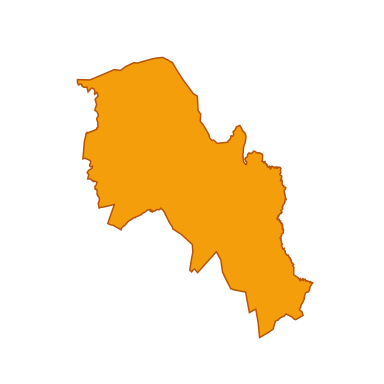 Pasienes pag., Zilupes, Latvia, rotated 286°
{"feature_id": "27541924B2510682390951", "entity_name": "Pasienes pag.", "entity_type": "district", "adm_level": 2, "iso_a3": "LVA", "parent_name": "Latvia", "parent_adm1": "Zilupes", "projection": "equal_earth", "projection_center": [28.149, 56.234], "detail": "fine", "context": "isolated", "style": "filled", "palette": "amber", "viewbox_px": 384, "rotation_deg": 286, "n_neighbors": 0, "source": "geoboundaries", "source_scale": "gbopen_adm2", "svg_char_len": 6077}
<svg xmlns="http://www.w3.org/2000/svg" viewBox="0 0 384 384"><g transform="rotate(286 192 192)"><path d="M116.0,219.6L141.3,231.9L134.7,238.4L123.8,243.3L119.4,246.9L109.8,255.9L109.5,259.0L110.6,271.1L91.9,280.4L97.0,285.6L84.9,291.5L70.7,297.1L78.4,304.4L82.4,307.7L90.9,307.8L92.8,310.2L93.7,310.5L95.8,311.9L98.0,314.8L100.7,316.0L99.3,323.1L98.1,324.6L97.9,326.9L104.0,332.8L107.1,330.8L108.5,327.7L108.8,327.6L111.3,328.3L112.1,328.0L113.9,328.1L116.3,328.9L118.4,329.0L119.4,329.4L123.5,328.8L126.3,329.0L127.3,329.9L127.9,331.3L129.7,332.0L133.2,331.6L138.0,333.0L138.0,331.5L138.3,330.9L137.5,330.8L137.2,330.5L138.2,329.9L138.3,328.0L138.2,327.2L138.4,326.8L137.6,325.9L139.3,324.9L139.2,324.4L138.6,323.8L137.7,323.4L138.0,322.6L139.1,322.7L139.4,322.4L139.1,322.1L138.1,322.1L137.9,321.8L138.0,321.2L137.2,320.9L138.0,320.5L138.6,319.8L138.2,319.6L137.7,319.9L137.0,319.9L137.2,319.4L138.1,319.0L138.1,318.5L138.8,317.7L140.4,312.7L140.9,312.4L147.9,310.6L148.6,309.7L148.8,309.2L150.4,309.7L150.6,309.0L151.5,308.3L151.1,307.7L151.4,307.3L152.9,306.5L153.6,306.3L153.8,306.1L153.7,305.7L154.5,305.5L154.7,305.2L154.6,304.9L155.6,304.5L155.6,303.7L157.8,302.0L157.5,301.4L157.3,300.7L158.2,300.2L158.3,299.3L159.2,298.4L160.9,297.9L161.6,296.7L162.2,296.3L163.1,296.2L162.7,295.8L162.3,294.8L164.5,293.5L165.1,292.8L166.9,293.2L166.9,292.6L168.5,291.7L169.7,291.4L170.2,290.8L171.5,290.5L171.3,290.0L171.5,289.6L172.0,289.4L172.6,289.5L173.3,290.0L174.5,289.8L175.2,290.1L176.7,290.1L177.5,290.9L180.7,290.5L180.7,290.0L181.4,289.7L181.1,289.5L181.5,288.9L182.0,288.8L182.1,289.1L181.9,289.4L182.4,289.4L182.9,288.8L183.7,288.8L183.9,288.4L184.6,288.3L184.6,287.8L185.3,288.2L186.3,287.4L186.1,286.9L186.8,286.8L187.0,286.6L187.2,286.1L186.8,285.7L187.4,285.3L187.4,284.8L188.0,284.8L188.1,284.5L188.6,284.8L189.0,283.8L189.6,283.4L189.1,283.0L188.9,282.4L189.4,281.4L189.9,281.1L190.2,281.2L190.1,281.6L190.3,281.8L190.6,281.8L190.7,281.3L191.4,281.1L191.9,281.3L191.9,281.8L192.1,282.0L192.4,281.9L192.6,281.4L193.1,281.4L194.0,281.9L194.0,282.3L195.1,282.4L195.6,282.9L196.1,283.0L195.9,283.5L196.2,283.8L196.9,283.4L197.5,283.6L197.4,283.9L197.7,283.9L198.4,283.4L198.6,282.7L198.8,282.7L199.5,282.9L200.4,283.7L201.3,283.7L202.0,283.2L202.1,282.8L202.5,282.8L202.8,282.9L203.0,283.3L204.1,283.1L207.2,284.1L208.2,283.7L208.6,284.0L208.8,283.6L210.4,283.5L210.7,283.7L210.5,284.5L211.0,284.5L211.5,284.3L212.3,283.3L214.2,282.6L214.8,281.9L216.0,281.7L216.5,280.8L217.5,280.9L218.2,280.1L219.1,280.1L220.1,280.9L222.1,280.9L222.4,280.5L222.0,279.4L222.3,278.7L223.4,278.3L223.4,277.2L225.0,276.2L226.1,275.9L226.8,276.0L228.3,275.0L228.3,274.6L227.3,274.3L227.2,274.0L228.9,273.9L229.7,274.4L230.7,274.0L231.7,273.9L232.2,273.7L232.7,272.0L233.0,271.6L233.7,271.6L235.0,272.1L236.0,271.5L237.5,271.2L238.0,270.8L238.8,271.1L239.6,270.5L240.0,269.7L239.9,268.9L238.5,267.5L239.4,267.0L239.1,266.8L238.2,267.0L238.1,266.8L238.3,266.4L239.8,266.2L239.1,266.0L239.1,265.6L237.7,264.4L238.6,263.9L238.4,262.3L238.9,261.9L238.9,261.6L238.4,261.3L236.0,261.3L235.9,260.9L236.6,260.5L237.1,260.4L237.6,259.9L237.7,259.5L238.1,259.3L238.2,259.0L237.6,258.4L236.9,258.7L236.9,258.3L237.6,257.1L238.0,256.9L238.9,256.8L239.1,256.5L238.8,256.2L239.3,256.0L239.8,254.3L241.4,253.8L241.2,253.2L240.0,252.8L241.0,251.6L240.9,250.9L242.0,250.9L246.6,249.9L247.5,249.3L247.9,248.2L247.8,247.4L248.1,247.0L248.3,245.8L247.4,243.5L248.1,242.4L248.4,240.4L248.1,239.8L247.2,239.6L245.6,238.7L245.7,238.1L245.0,237.5L244.8,237.1L245.4,236.1L243.9,235.3L243.3,235.1L241.7,235.4L240.5,235.2L240.2,235.1L239.7,234.2L238.3,233.8L237.8,234.0L237.2,234.8L236.3,235.1L236.3,235.9L235.6,236.5L233.8,236.6L233.1,236.3L234.0,234.8L235.1,233.3L242.3,230.4L244.1,230.4L248.9,229.2L254.8,229.4L258.3,229.0L260.5,228.5L263.2,226.8L264.9,223.7L267.3,221.6L269.1,219.6L269.0,219.1L267.5,217.6L267.0,216.8L263.0,216.2L262.1,215.6L261.9,215.0L261.6,214.9L260.3,215.3L259.1,216.1L257.5,216.1L256.8,215.7L256.9,214.5L256.7,214.0L256.3,213.9L254.6,214.4L252.4,213.7L251.5,212.8L249.7,212.6L245.7,202.9L247.8,198.7L247.1,196.9L249.0,193.9L251.8,192.5L259.6,184.3L262.2,180.4L269.0,179.0L272.0,175.4L285.6,170.7L287.0,165.9L297.7,152.1L307.0,141.6L311.1,137.5L313.3,126.8L310.7,120.4L309.4,117.8L305.0,110.5L301.0,104.3L300.3,100.6L294.7,94.0L289.2,89.8L288.1,83.4L271.6,63.0L268.5,51.0L265.9,51.6L263.7,53.2L264.1,54.2L265.0,54.7L265.2,55.8L264.8,56.4L263.7,56.9L262.8,59.1L263.8,62.2L259.6,64.5L264.3,66.9L264.0,69.2L263.3,70.0L261.8,70.9L259.5,71.1L259.0,71.7L261.7,73.1L258.5,75.3L254.5,73.3L249.7,76.2L243.9,76.0L242.6,79.0L240.0,80.7L238.8,81.0L237.5,80.3L236.6,80.2L235.4,80.5L233.4,81.9L228.7,83.8L227.2,82.8L226.6,82.9L226.4,83.3L225.6,82.6L222.0,78.1L221.4,76.8L220.3,76.2L220.3,75.2L220.0,75.3L219.4,74.9L219.6,74.5L219.1,74.5L219.1,74.2L218.8,74.0L216.3,74.4L211.0,74.6L193.8,78.0L194.9,79.5L194.6,83.2L194.0,85.8L192.0,86.6L190.1,86.0L188.8,86.4L188.2,87.4L189.3,89.0L189.2,89.4L187.2,89.3L184.2,86.5L181.7,85.9L180.1,88.0L175.8,88.1L176.6,91.0L175.2,93.3L175.6,94.0L175.4,94.1L175.9,94.5L175.8,94.8L175.2,95.0L175.5,95.3L175.3,97.9L172.3,98.0L171.0,97.2L170.0,97.3L168.3,97.9L168.0,98.1L168.1,99.2L167.6,100.3L163.6,101.4L163.6,101.9L162.4,102.3L161.0,104.6L158.0,105.3L155.2,105.0L151.0,107.2L151.9,108.2L153.1,110.9L158.5,120.8L138.5,119.7L138.0,122.3L138.3,125.1L138.2,125.7L136.1,134.3L138.4,134.4L141.8,136.8L146.5,139.0L149.7,142.1L150.9,142.7L151.9,144.1L151.7,144.4L152.3,144.7L156.4,149.7L157.2,149.7L157.9,150.1L158.5,151.0L160.3,152.8L161.9,153.7L163.0,154.9L162.8,155.8L163.8,157.0L163.4,157.4L162.2,157.2L162.0,157.4L161.9,157.8L162.1,158.1L162.5,158.2L162.4,158.5L162.8,158.8L162.0,159.3L162.8,159.8L162.8,160.5L163.3,160.8L163.8,161.9L165.6,163.0L165.7,165.1L167.1,166.3L167.9,166.6L166.2,169.5L163.9,172.3L162.9,172.5L162.4,173.3L156.4,178.7L153.3,182.4L151.2,183.9L149.3,190.0L148.8,192.4L141.6,206.8L134.4,209.4L127.3,210.0L116.4,211.4L115.9,211.8L115.9,212.4L115.1,213.7L117.3,214.4L118.7,215.8L116.0,219.6Z" fill="#f59e0b" stroke="#b45309" stroke-width="1.5"/></g></svg>